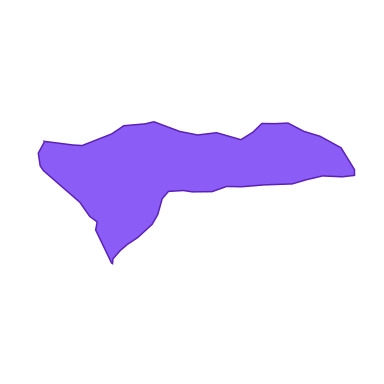 Suhag-2, Suhaj, Egypt (Mercator projection), rotated 99°
{"feature_id": "37247803B53988405424911", "entity_name": "Suhag-2", "entity_type": "district", "adm_level": 2, "iso_a3": "EGY", "parent_name": "Egypt", "parent_adm1": "Suhaj", "projection": "mercator", "projection_center": [31.705, 26.543], "detail": "fine", "context": "isolated", "style": "filled", "palette": "violet", "viewbox_px": 384, "rotation_deg": 99, "n_neighbors": 0, "source": "geoboundaries", "source_scale": "gbopen_adm2", "svg_char_len": 890}
<svg xmlns="http://www.w3.org/2000/svg" viewBox="0 0 384 384"><g transform="rotate(99 192 192)"><path d="M165.1,345.9L165.3,345.7L165.5,345.6L177.7,349.9L190.0,346.0L194.2,342.0L219.6,301.3L232.1,289.2L236.4,281.0L244.6,281.2L272.3,262.0L274.7,260.4L274.9,259.7L275.1,259.3L270.5,259.6L268.3,258.3L261.0,253.7L253.8,247.6L245.5,238.5L230.1,226.3L219.7,222.3L203.3,220.4L195.5,215.6L195.3,215.5L195.1,215.3L191.9,200.9L191.8,191.7L188.5,172.2L181.2,158.9L180.3,152.9L179.0,143.5L173.7,121.9L168.3,94.2L162.0,81.0L155.7,65.6L153.5,46.1L150.2,34.1L144.5,35.0L125.0,51.7L122.6,58.4L117.4,72.9L117.2,73.7L116.9,74.4L114.6,91.1L108.9,107.9L111.6,121.2L113.4,133.7L123.4,141.2L132.7,151.9L131.8,159.1L129.6,177.0L134.8,195.3L134.1,213.7L128.6,240.5L129.5,242.9L132.0,248.8L137.2,269.7L147.2,280.4L163.3,307.8L164.2,317.0L165.1,345.9Z" fill="#8b5cf6" stroke="#5b21b6" stroke-width="1.5"/></g></svg>